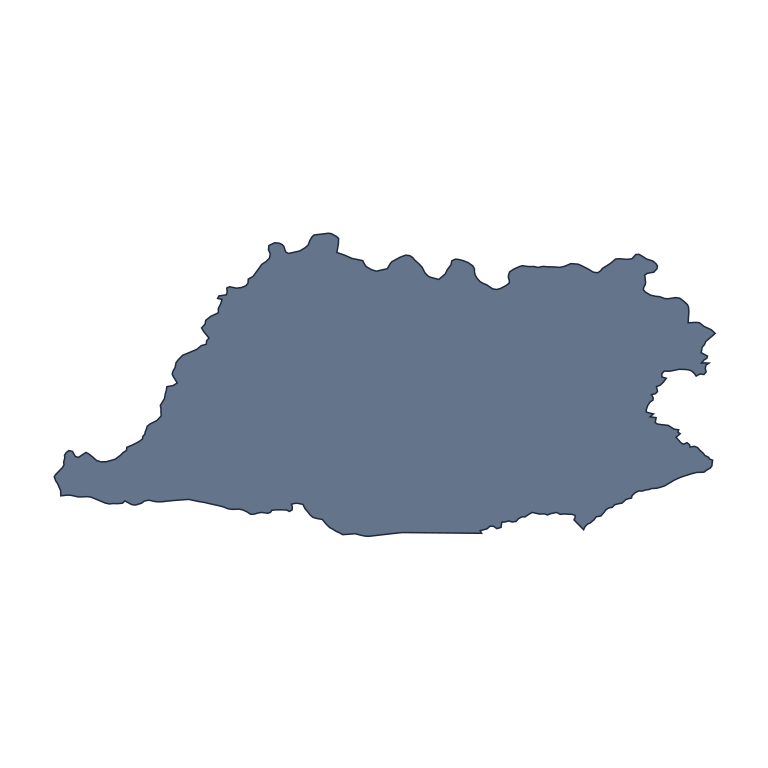 outline of Nova Roma, Goiás, Brazil, rotated 268°
{"feature_id": "56859067B76960480051953", "entity_name": "Nova Roma", "entity_type": "district", "adm_level": 2, "iso_a3": "BRA", "parent_name": "Brazil", "parent_adm1": "Goiás", "projection": "equal_earth", "projection_center": [-47.008, -13.769], "detail": "fine", "context": "isolated", "style": "filled", "palette": "slate", "viewbox_px": 768, "rotation_deg": 268, "n_neighbors": 0, "source": "geoboundaries", "source_scale": "gbopen_adm2", "svg_char_len": 5254}
<svg xmlns="http://www.w3.org/2000/svg" viewBox="0 0 768 768"><g transform="rotate(268 384 384)"><path d="M293.5,709.2L296.4,709.8L297.5,707.0L299.5,705.7L301.4,702.2L303.9,700.4L306.7,697.4L309.4,695.3L310.9,692.1L310.3,687.7L312.4,687.3L314.8,684.9L313.4,681.0L315.1,678.5L317.4,676.7L320.5,674.0L324.0,678.3L325.6,676.0L327.9,676.9L328.8,672.3L332.7,666.7L333.3,662.9L333.8,659.4L334.5,655.7L336.1,653.7L338.6,654.3L340.9,654.8L341.9,648.8L344.7,652.3L345.8,648.2L346.9,645.1L349.0,645.2L353.3,646.8L356.5,649.1L358.6,652.3L360.9,652.5L364.1,651.0L364.8,654.9L366.9,657.1L371.8,656.2L373.2,660.0L376.1,663.3L379.9,666.3L381.3,662.0L384.6,662.0L387.1,664.5L386.8,670.1L387.5,674.2L388.4,679.4L388.0,685.7L387.4,689.5L386.1,692.1L383.6,694.6L381.0,696.2L383.0,700.2L382.3,704.1L384.9,706.4L388.2,705.6L391.6,706.4L393.5,709.5L393.9,705.0L393.9,702.0L397.0,704.9L398.4,707.5L400.6,708.3L402.8,704.5L404.3,702.0L406.8,702.7L409.5,703.1L412.1,705.6L415.2,707.0L423.0,716.8L426.8,713.0L430.3,706.0L434.3,701.3L434.7,698.2L434.6,690.1L438.0,690.4L445.3,691.2L450.2,691.0L452.8,690.0L457.3,685.3L459.5,682.4L460.2,678.5L459.3,670.9L459.6,667.6L461.7,662.4L462.2,658.5L463.5,653.5L466.7,648.5L469.4,646.4L471.6,647.0L474.1,648.5L476.6,649.0L483.8,648.4L485.5,651.3L486.3,657.5L489.7,660.9L492.4,661.4L494.8,660.0L497.5,657.1L499.7,650.9L502.6,646.7L504.7,643.4L504.6,640.2L500.5,636.1L500.1,631.2L500.9,624.5L500.9,620.0L496.5,614.3L494.0,610.0L491.8,606.2L489.7,604.6L487.7,601.4L488.5,597.0L491.6,592.4L495.6,585.1L497.0,582.2L497.8,575.0L495.4,568.8L494.4,563.8L495.1,557.9L495.4,551.9L496.0,547.0L495.1,541.8L496.2,538.2L496.3,532.8L497.4,526.3L496.7,523.6L494.3,517.7L491.7,513.5L488.8,512.3L486.3,512.0L482.7,512.9L480.4,512.6L478.2,509.5L475.4,503.7L474.5,500.0L475.3,495.9L479.6,490.0L481.0,486.8L483.2,483.3L486.3,480.8L489.8,478.9L493.2,478.3L496.2,478.4L499.2,476.6L502.4,472.3L504.5,467.5L505.9,462.8L506.3,459.8L504.8,456.1L500.6,455.0L496.3,451.4L491.8,449.0L486.6,442.4L489.1,434.0L490.5,431.7L493.8,428.7L499.2,426.3L502.6,423.4L507.0,418.8L509.3,417.2L511.4,414.2L512.0,410.1L510.2,404.6L505.9,396.0L503.6,394.1L499.1,391.3L498.1,385.8L497.0,380.3L498.7,375.5L502.0,370.2L504.5,368.7L508.1,367.0L510.6,356.5L514.3,348.8L517.1,341.5L525.5,343.3L531.1,343.7L533.1,341.7L536.1,336.6L536.6,333.7L535.4,319.4L533.6,317.2L529.8,314.8L525.6,313.1L523.0,310.0L519.9,304.4L517.8,293.1L519.5,290.3L525.2,288.6L527.0,287.0L528.4,284.2L529.0,279.7L526.4,273.8L522.1,273.2L518.1,274.9L513.8,273.9L510.6,270.6L507.9,266.1L499.7,259.7L496.1,256.9L493.6,252.0L489.6,251.6L487.0,249.4L485.4,244.9L484.9,239.9L486.6,233.1L485.4,230.2L481.3,230.5L478.6,229.5L477.8,222.1L475.3,220.7L474.2,225.0L470.1,223.7L465.2,221.0L461.0,221.0L457.6,213.1L453.8,208.0L450.1,207.3L446.4,203.6L442.3,205.9L436.0,210.7L433.4,208.2L430.0,207.8L428.7,202.7L425.3,198.4L423.9,194.9L419.7,183.7L415.1,178.9L412.5,176.9L407.8,175.8L405.1,174.1L403.1,173.1L400.9,172.7L398.6,173.8L392.3,177.4L389.8,173.2L388.9,166.9L385.2,166.2L382.5,165.3L376.9,164.0L370.4,159.7L366.6,160.3L364.2,160.1L359.9,160.2L355.5,155.9L352.2,148.7L350.0,145.9L347.1,144.9L344.3,143.6L342.1,143.2L340.3,141.3L337.4,140.6L334.9,137.0L332.0,130.8L329.7,124.8L326.4,124.2L324.6,120.8L322.1,118.3L318.2,112.7L316.9,107.4L316.0,103.6L316.1,98.5L317.5,94.2L321.8,89.7L324.6,86.3L326.0,83.7L321.3,76.0L322.5,72.9L327.5,70.3L328.5,66.6L326.3,63.8L323.9,62.2L321.3,62.4L317.0,61.1L314.6,61.4L311.9,59.9L305.2,52.9L302.8,51.2L298.7,52.5L296.0,54.2L288.7,57.1L283.5,57.1L284.0,63.6L283.7,67.2L282.8,70.8L281.9,74.0L281.7,77.0L281.8,83.2L281.2,87.1L276.4,97.7L274.7,101.3L273.7,105.4L274.0,108.5L273.7,113.6L274.0,118.5L276.2,120.9L272.3,127.6L271.7,131.5L273.3,137.5L275.4,140.4L276.1,144.9L274.4,151.5L274.1,154.7L274.1,159.3L274.5,162.2L274.6,165.7L274.9,169.4L275.5,184.9L272.9,195.1L272.0,200.1L270.7,204.7L268.9,211.7L268.0,215.2L267.0,218.6L264.7,223.8L264.0,228.0L264.0,234.7L263.0,238.8L260.5,243.4L258.6,245.8L258.4,249.3L259.5,253.8L259.9,256.8L259.5,260.0L258.8,263.4L259.8,266.2L261.7,267.4L262.0,271.2L261.9,275.5L261.5,282.2L259.9,285.0L261.4,287.8L264.1,288.1L267.1,287.4L267.8,290.6L267.8,293.6L266.5,298.8L262.3,300.6L259.6,302.8L255.6,305.7L253.2,308.3L251.9,312.3L250.8,317.6L246.0,321.3L242.5,324.6L240.5,328.0L238.3,331.2L236.9,334.2L234.9,337.4L235.1,343.8L235.4,349.9L233.5,356.2L232.7,359.5L232.3,363.4L234.4,389.6L234.9,397.1L231.4,476.3L234.1,475.0L235.6,481.9L238.1,484.8L238.0,488.5L235.5,491.7L236.6,496.0L241.8,496.9L241.9,500.4L242.8,503.8L241.6,507.3L242.1,511.3L244.7,513.7L246.4,517.3L246.3,520.3L248.4,523.8L250.5,527.5L249.7,530.7L248.6,534.6L248.6,540.1L247.4,542.7L248.6,546.1L249.6,552.2L247.6,555.5L247.8,559.7L247.1,567.7L246.1,570.2L244.0,570.5L241.6,569.1L231.4,578.4L234.4,579.9L236.8,582.4L237.9,585.1L241.0,589.2L243.9,591.5L244.5,596.1L248.4,599.8L250.6,601.4L252.2,604.2L252.8,607.9L255.2,610.2L256.0,613.4L256.7,617.8L260.3,622.0L261.4,627.4L263.8,628.0L266.5,631.2L268.2,634.7L268.0,638.3L268.9,641.5L269.3,645.2L270.2,647.9L270.3,653.0L271.2,656.8L272.3,660.8L273.9,663.7L275.8,667.2L277.5,670.2L278.8,673.1L280.7,678.0L283.3,687.1L284.7,693.3L284.7,700.7L286.8,703.7L288.7,707.3L290.9,708.9L293.5,709.2Z" fill="#64748b" stroke="#1e293b" stroke-width="1.5"/></g></svg>